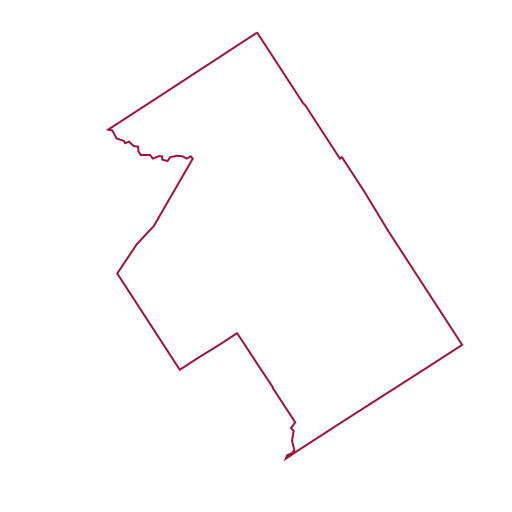 outline of Pinal, Arizona, United States of America, rotated 237°
{"feature_id": "52423323B99674467123190", "entity_name": "Pinal", "entity_type": "district", "adm_level": 2, "iso_a3": "USA", "parent_name": "United States of America", "parent_adm1": "Arizona", "projection": "natural_earth1", "projection_center": [-111.21, 32.984], "detail": "fine", "context": "isolated", "style": "outline", "palette": "rose", "viewbox_px": 512, "rotation_deg": 237, "n_neighbors": 0, "source": "geoboundaries", "source_scale": "gbopen_adm2", "svg_char_len": 934}
<svg xmlns="http://www.w3.org/2000/svg" viewBox="0 0 512 512"><g transform="rotate(237 256 256)"><path d="M316.9,130.1L231.5,130.1L202.1,130.1L202.1,135.8L202.1,152.8L201.5,179.3L201.6,194.6L201.5,198.1L190.6,198.2L179.7,198.3L164.9,198.3L136.6,198.6L135.7,198.2L95.2,198.3L92.6,191.6L88.8,192.3L81.3,185.5L72.3,182.5L71.1,179.0L71.9,173.7L69.8,170.6L70.0,187.3L70.0,229.0L69.3,334.4L69.2,380.5L156.3,380.5L156.7,380.5L204.3,380.5L250.7,381.9L292.0,381.9L292.0,379.4L355.6,379.4L358.5,378.7L371.2,378.7L403.2,378.7L442.4,378.6L442.8,377.2L442.5,255.0L442.5,254.3L442.5,200.9L439.5,203.9L430.6,203.1L424.4,207.9L421.9,207.7L421.1,211.8L414.8,213.3L411.8,216.8L408.0,214.4L403.5,214.4L398.4,222.1L393.9,222.6L392.7,228.7L390.6,231.6L387.9,229.9L383.8,233.5L385.6,237.9L383.0,244.6L379.3,248.9L375.4,251.0L375.1,255.6L372.1,256.0L336.7,186.4L334.9,178.8L330.8,162.4L316.9,130.1Z" fill="none" stroke="#9f1239" stroke-width="2"/></g></svg>